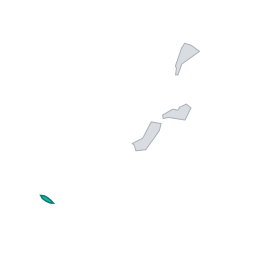 location of Grand Turk within Turks and Caicos Islands, rotated 117°
{"feature_id": "TCA-5007", "entity_name": "Grand Turk", "entity_type": "state/province", "adm_level": 1, "iso_a3": "TCA", "parent_name": "Turks and Caicos Islands", "parent_adm1": "", "projection": "mercator", "projection_center": [-71.14, 21.473], "detail": "fine", "context": "in_parent", "style": "filled", "palette": "teal", "viewbox_px": 256, "rotation_deg": 117, "n_neighbors": 0, "source": "natural_earth", "source_scale": "10m", "svg_char_len": 665}
<svg xmlns="http://www.w3.org/2000/svg" viewBox="0 0 256 256"><g transform="rotate(117 128 128)"><path d="M140.5,114.7L139.9,117.2L130.3,110.2L112.0,110.1L109.1,100.5L116.1,98.9L139.3,102.3L144.7,110.6L140.5,114.7ZM27.3,99.1L46.5,109.1L58.1,107.6L59.1,109.7L52.8,112.0L51.2,113.9L32.6,116.5L26.8,116.0L25.6,109.2L27.3,99.1ZM103.7,101.0L100.7,103.0L90.9,96.7L89.5,91.7L86.0,91.4L80.2,86.9L81.6,81.0L95.0,80.8L100.3,97.0L103.7,101.0Z" fill="#d9dde1" stroke="#a8b0b8" stroke-width="1"/><path d="M228.8,160.4L230.1,163.2L230.4,167.9L229.6,172.5L227.7,175.2L226.5,171.8L226.6,167.8L227.6,163.7L228.8,160.4Z" fill="#14b8a6" stroke="#0f766e" stroke-width="1.5"/></g></svg>